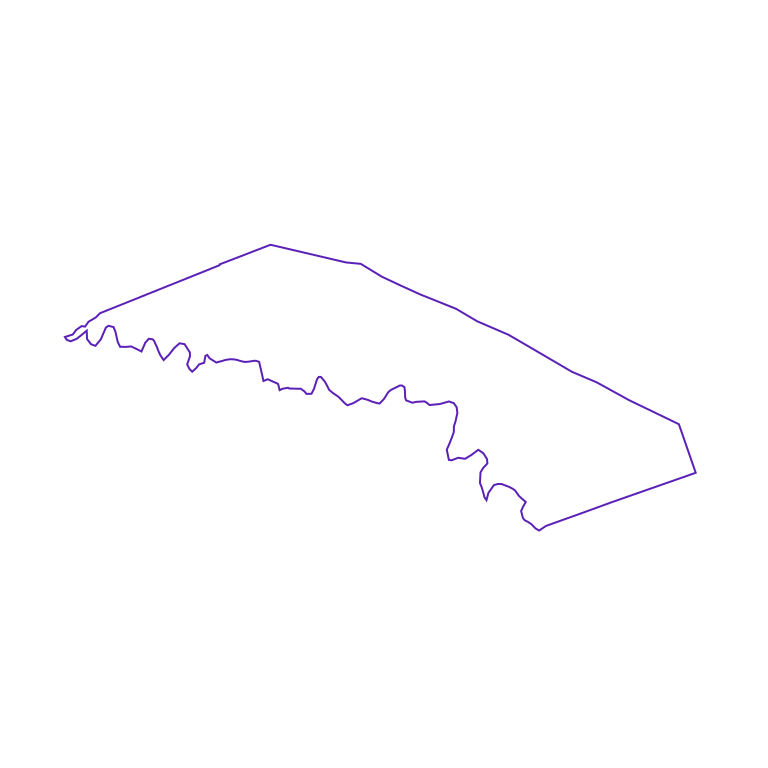 Boghe, Brakna, Mauritania (Natural Earth projection), rotated 10°
{"feature_id": "47542326B52802302132146", "entity_name": "Boghe", "entity_type": "district", "adm_level": 2, "iso_a3": "MRT", "parent_name": "Mauritania", "parent_adm1": "Brakna", "projection": "natural_earth1", "projection_center": [-14.531, 16.65], "detail": "fine", "context": "isolated", "style": "outline", "palette": "violet", "viewbox_px": 768, "rotation_deg": 10, "n_neighbors": 0, "source": "geoboundaries", "source_scale": "gbopen_adm2", "svg_char_len": 2413}
<svg xmlns="http://www.w3.org/2000/svg" viewBox="0 0 768 768"><g transform="rotate(10 384 384)"><path d="M248.0,266.6L201.4,294.7L201.4,295.6L92.0,363.6L88.8,368.3L82.2,374.0L79.6,379.4L76.1,379.5L71.5,384.2L68.9,389.3L61.6,393.1L63.8,395.5L65.8,396.0L68.1,396.3L73.6,392.8L77.5,388.4L79.7,385.8L82.0,383.1L83.7,391.2L88.4,395.6L91.0,396.2L93.2,396.5L97.4,389.1L100.3,376.7L102.6,374.5L107.8,374.9L110.7,379.7L114.5,388.9L117.7,393.2L124.1,392.1L128.5,390.9L134.2,392.5L139.5,394.1L141.8,384.6L144.5,380.3L148.5,380.2L150.0,381.3L151.9,384.1L154.0,387.1L156.3,391.0L158.6,394.3L162.8,398.7L167.0,392.8L171.1,385.1L175.6,379.4L180.7,379.4L187.4,386.7L188.1,390.6L187.2,396.0L186.8,399.0L189.8,403.0L193.0,405.2L196.2,401.0L198.5,396.8L203.2,394.3L203.2,387.4L204.9,386.1L207.8,389.0L215.2,392.0L216.6,391.2L219.4,390.0L223.8,387.8L228.2,386.3L232.2,385.8L235.0,385.8L237.2,386.1L240.7,386.4L243.4,386.4L247.5,385.3L252.0,383.7L254.3,383.4L257.2,383.9L260.9,392.6L264.8,402.0L268.6,399.5L279.5,402.2L280.4,403.9L282.3,408.2L285.1,406.2L290.1,404.4L291.3,404.9L299.5,403.7L302.7,403.1L306.6,404.9L308.5,406.4L309.4,407.2L314.3,406.2L315.9,400.9L317.2,391.1L318.5,388.4L320.6,388.0L325.2,391.8L328.6,396.0L330.9,399.2L335.1,401.7L341.2,404.4L348.9,409.9L351.7,411.3L357.2,408.1L360.5,405.3L364.5,401.9L367.4,402.1L371.1,402.5L375.0,403.4L380.1,404.0L383.1,404.0L384.2,402.3L386.6,398.7L389.6,391.3L391.9,388.6L399.9,382.7L402.0,382.4L404.7,383.6L406.0,387.9L407.2,393.8L408.7,396.3L415.3,397.5L418.8,396.0L426.8,394.1L429.4,395.0L432.5,396.8L442.6,394.0L451.0,389.9L456.1,390.8L459.6,394.3L461.3,399.8L460.9,408.4L460.2,413.6L461.1,419.1L460.1,425.1L458.8,431.4L457.2,437.8L461.1,447.5L463.8,447.4L469.8,443.8L472.9,443.7L476.8,443.6L482.3,438.8L488.3,432.4L493.9,435.0L496.1,437.4L498.5,440.1L499.6,444.3L498.0,446.8L496.5,449.0L495.4,451.5L494.4,454.4L495.7,464.9L498.2,468.8L500.1,472.6L502.6,478.1L505.1,480.6L505.7,473.2L509.8,464.5L513.5,462.7L517.1,462.1L525.1,463.6L529.1,464.9L531.6,466.1L536.2,470.7L539.0,472.5L544.1,475.6L542.2,480.9L541.1,485.3L544.0,491.7L546.1,493.7L549.7,494.8L553.6,496.5L558.1,499.8L562.2,501.4L568.1,495.7L604.7,474.8L628.4,461.1L689.5,426.8L706.4,417.3L681.4,372.4L628.3,357.4L593.1,345.4L567.1,339.4L520.4,322.1L498.1,313.9L465.0,306.1L442.1,297.5L404.5,289.6L382.4,283.9L363.2,278.7L340.2,269.7L325.4,270.9L248.0,266.6Z" fill="none" stroke="#5b21b6" stroke-width="2"/></g></svg>